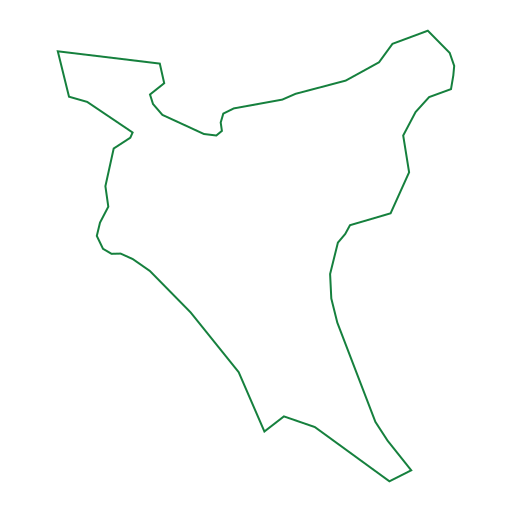 outline of Vrhnika
{"feature_id": "SVN-1004", "entity_name": "Vrhnika", "entity_type": "Municipality", "adm_level": 1, "iso_a3": "SVN", "parent_name": "Slovenia", "parent_adm1": "", "projection": "albers", "projection_center": [14.296, 45.95], "detail": "fine", "context": "isolated", "style": "outline", "palette": "green", "viewbox_px": 512, "rotation_deg": 0, "n_neighbors": 0, "source": "natural_earth", "source_scale": "10m", "svg_char_len": 790}
<svg xmlns="http://www.w3.org/2000/svg" viewBox="0 0 512 512"><path d="M159.8,63.6L164.2,83.2L150.0,94.5L153.0,104.0L162.4,114.9L203.9,134.0L216.3,135.5L221.9,130.9L220.7,122.5L223.3,113.6L233.8,108.4L282.3,99.6L295.6,93.8L345.7,80.6L379.0,62.3L392.5,43.8L427.8,30.7L449.7,52.9L454.2,65.9L453.3,75.5L451.0,89.1L429.1,97.1L415.6,112.0L403.2,135.5L409.1,172.3L390.6,213.3L350.0,225.2L345.2,234.0L337.9,242.6L330.1,274.0L331.3,298.5L337.3,322.6L375.4,421.9L387.6,440.7L411.2,470.3L389.4,481.3L314.9,427.1L283.9,416.4L264.4,431.5L238.7,372.2L190.6,312.4L149.9,271.0L132.8,259.1L120.6,253.6L111.5,253.8L103.0,248.8L96.8,235.9L100.0,222.6L108.3,206.7L105.4,186.2L113.7,148.5L130.3,137.7L132.6,132.5L87.2,101.9L69.0,96.7L57.8,51.3L159.8,63.6Z" fill="none" stroke="#15803d" stroke-width="2"/></svg>